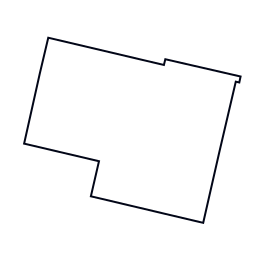 Olmsted, Minnesota, United States of America, rotated 193°
{"feature_id": "52423323B15462703536007", "entity_name": "Olmsted", "entity_type": "district", "adm_level": 2, "iso_a3": "USA", "parent_name": "United States of America", "parent_adm1": "Minnesota", "projection": "equal_earth", "projection_center": [-92.471, 44.015], "detail": "fine", "context": "isolated", "style": "outline", "palette": "ink", "viewbox_px": 256, "rotation_deg": 193, "n_neighbors": 0, "source": "geoboundaries", "source_scale": "gbopen_adm2", "svg_char_len": 344}
<svg xmlns="http://www.w3.org/2000/svg" viewBox="0 0 256 256"><g transform="rotate(193 128 128)"><path d="M29.8,197.4L29.9,203.5L107.1,203.4L107.2,197.5L226.0,198.0L226.2,161.7L225.7,89.4L148.8,89.1L148.8,53.1L110.5,52.9L74.4,52.7L33.4,52.5L33.6,125.0L33.5,161.1L33.4,197.4L29.8,197.4Z" fill="none" stroke="#020617" stroke-width="2"/></g></svg>